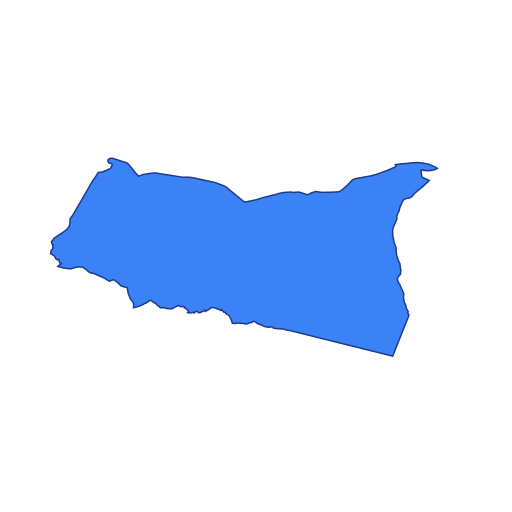 outline of Funyula, Western, Kenya, rotated 255°
{"feature_id": "3690345B93161899730703", "entity_name": "Funyula", "entity_type": "district", "adm_level": 2, "iso_a3": "KEN", "parent_name": "Kenya", "parent_adm1": "Western", "projection": "equal_earth", "projection_center": [34.091, 0.245], "detail": "fine", "context": "isolated", "style": "filled", "palette": "blue", "viewbox_px": 512, "rotation_deg": 255, "n_neighbors": 0, "source": "geoboundaries", "source_scale": "gbopen_adm2", "svg_char_len": 4906}
<svg xmlns="http://www.w3.org/2000/svg" viewBox="0 0 512 512"><g transform="rotate(255 256 256)"><path d="M293.7,453.8L295.2,452.5L298.7,448.2L299.6,447.1L300.4,445.7L301.8,442.8L302.4,441.6L303.0,440.2L304.2,437.1L304.7,435.3L305.8,429.8L306.4,425.6L306.7,423.9L307.4,420.6L308.2,414.3L306.7,414.6L305.9,413.5L305.4,409.6L305.1,407.8L304.9,406.0L304.5,402.6L304.0,397.5L303.9,395.8L303.6,392.6L303.7,391.2L303.7,389.9L303.6,388.3L303.8,385.9L304.0,383.4L304.3,381.0L304.4,378.4L304.5,376.9L304.8,375.1L304.9,373.2L304.9,370.6L304.4,368.5L303.6,367.2L302.6,365.6L301.7,364.3L300.9,363.0L300.3,361.6L299.7,360.5L299.0,359.0L298.1,357.3L297.5,356.0L297.0,354.4L296.6,352.8L297.0,350.5L297.3,349.1L297.6,347.7L297.9,346.1L298.4,344.6L298.6,343.1L299.1,341.3L299.5,340.0L299.8,338.4L300.3,336.8L300.7,335.7L301.0,334.4L301.8,332.8L302.5,331.2L302.9,329.9L302.7,328.4L302.7,326.4L302.3,324.6L302.0,323.1L301.8,321.4L302.6,320.4L303.2,319.4L304.6,317.4L305.5,316.0L306.3,314.6L306.9,313.1L307.3,310.9L307.7,308.7L308.7,306.3L309.2,304.5L309.4,303.0L309.8,301.2L310.2,299.3L310.5,294.7L310.4,292.9L310.4,291.6L310.3,289.8L310.5,288.2L310.5,286.4L310.4,283.3L310.5,281.9L310.6,280.4L310.3,270.3L310.4,268.4L310.9,259.8L311.7,258.3L325.1,248.7L329.7,245.5L330.8,244.6L333.0,241.9L337.6,235.4L340.5,229.7L343.2,224.5L344.1,222.8L345.6,219.8L346.4,218.5L347.2,216.9L348.2,214.7L348.9,213.1L349.6,211.1L350.0,209.5L351.0,205.9L351.4,204.7L352.6,202.0L353.2,200.7L353.9,199.1L355.5,195.6L357.6,190.8L359.3,186.9L359.9,185.7L360.5,184.3L361.8,181.4L362.5,179.7L362.7,178.5L363.1,176.2L363.3,174.1L363.6,171.9L363.9,168.0L363.6,165.2L363.5,163.3L368.1,160.8L371.5,159.4L374.1,158.2L376.7,157.0L379.3,155.5L381.2,152.6L382.8,149.9L384.2,147.9L385.6,145.8L387.5,142.7L388.1,140.7L387.8,139.2L387.1,137.9L385.7,137.5L384.4,137.6L383.4,138.9L382.3,140.6L381.3,140.7L380.3,140.0L379.4,139.0L378.2,138.1L377.9,136.7L377.9,135.3L377.4,134.2L377.4,132.4L377.1,130.7L376.9,129.1L377.3,127.3L377.5,125.2L376.2,123.7L374.8,122.3L373.7,121.1L372.8,120.2L371.8,118.7L371.0,117.8L359.3,106.1L342.7,89.4L341.5,87.9L340.4,86.3L338.7,85.7L337.1,85.2L335.9,84.8L334.3,84.1L332.9,83.2L332.1,82.1L331.1,80.8L330.1,78.9L329.3,77.1L328.5,74.8L327.8,72.6L327.0,70.1L326.4,68.4L325.4,65.5L324.1,64.1L323.4,63.0L322.8,62.0L321.6,62.2L320.4,62.1L319.2,62.9L318.3,62.2L317.3,62.1L316.0,61.8L315.1,60.7L314.4,59.6L313.0,58.9L311.4,58.2L310.4,59.3L309.5,60.1L308.5,61.2L307.2,61.5L305.9,61.8L304.6,62.2L303.6,63.4L303.9,64.6L302.8,64.9L301.6,64.5L300.2,64.6L299.1,66.0L298.4,64.7L297.9,63.0L297.2,61.8L294.1,67.2L291.6,73.3L291.6,81.0L290.2,85.5L286.4,88.8L283.2,90.8L280.7,95.5L277.8,98.8L274.1,103.6L269.6,107.8L270.0,112.4L266.4,115.3L261.8,118.1L258.6,123.4L253.0,122.9L247.0,123.6L242.3,125.6L240.0,125.0L238.9,124.8L237.8,124.3L237.7,129.5L237.9,131.3L238.2,133.2L238.5,134.9L239.0,136.0L238.9,137.5L239.7,139.3L240.0,140.9L240.7,142.2L240.2,143.4L238.9,144.0L237.9,144.9L236.9,145.6L236.4,146.8L235.0,147.3L233.6,148.1L233.0,149.3L231.6,149.5L230.6,150.6L230.1,153.2L229.4,154.6L228.5,155.9L226.9,160.2L226.9,161.8L227.7,164.7L227.9,166.0L228.1,167.4L228.0,168.9L226.5,170.1L226.2,172.4L225.5,173.8L224.6,173.3L223.8,174.3L221.3,176.0L220.0,176.6L219.1,175.3L217.9,177.7L217.9,180.5L216.9,181.6L218.1,183.4L217.6,184.9L216.5,185.4L215.7,187.2L216.1,188.9L216.3,191.3L216.8,193.1L215.6,193.0L216.8,197.7L217.9,198.8L217.5,200.1L217.1,201.5L216.4,203.2L215.0,204.6L214.3,206.2L213.2,207.1L212.5,207.9L213.2,209.1L212.1,209.3L210.1,210.3L209.5,211.7L208.4,211.9L205.3,214.6L200.6,215.6L197.1,215.8L196.2,218.4L196.1,220.1L195.6,222.0L195.0,223.7L194.5,225.3L192.8,229.0L193.0,231.8L193.0,233.4L193.0,235.2L193.6,236.6L192.7,238.2L191.4,239.3L190.3,239.7L189.6,241.2L185.6,246.1L184.8,247.7L183.5,250.6L183.7,252.7L182.9,253.9L181.9,254.1L181.1,255.7L179.2,260.9L178.8,262.7L178.0,264.1L177.2,265.2L176.0,267.5L175.3,269.2L174.5,270.7L149.8,315.3L134.9,342.2L123.9,362.1L159.1,388.4L160.4,388.3L161.8,387.7L163.1,388.6L164.9,388.1L166.4,387.7L167.9,387.9L170.2,387.9L172.6,387.2L175.3,387.5L177.6,387.7L181.0,388.9L184.8,388.6L187.3,388.0L190.7,387.6L195.2,386.3L196.5,386.6L198.4,387.2L199.9,389.2L201.3,391.1L202.8,391.4L204.8,392.3L206.4,392.3L208.9,392.6L211.6,393.0L214.9,392.3L218.5,392.1L220.6,392.1L224.0,392.5L227.7,393.5L230.5,393.1L233.0,393.0L235.0,393.0L237.7,393.3L239.6,393.4L240.6,393.1L241.8,393.9L243.1,394.1L244.2,394.2L245.8,394.9L247.3,395.5L248.4,396.2L249.4,397.1L251.2,398.4L252.9,399.7L255.1,401.6L257.9,402.3L260.9,404.3L262.1,405.6L266.3,407.9L270.5,411.6L271.8,412.5L272.2,413.7L272.6,415.2L272.5,416.9L272.3,418.6L272.6,420.4L273.1,422.0L275.6,425.7L276.9,428.4L280.2,435.7L284.1,442.9L287.3,439.0L289.4,436.7L290.9,436.8L292.2,437.0L293.9,437.3L294.9,437.4L296.2,437.3L296.1,438.7L295.1,440.6L294.3,442.8L293.7,445.0L293.2,447.9L293.1,451.1L293.7,453.8Z" fill="#3b82f6" stroke="#1e3a8a" stroke-width="1.5"/></g></svg>